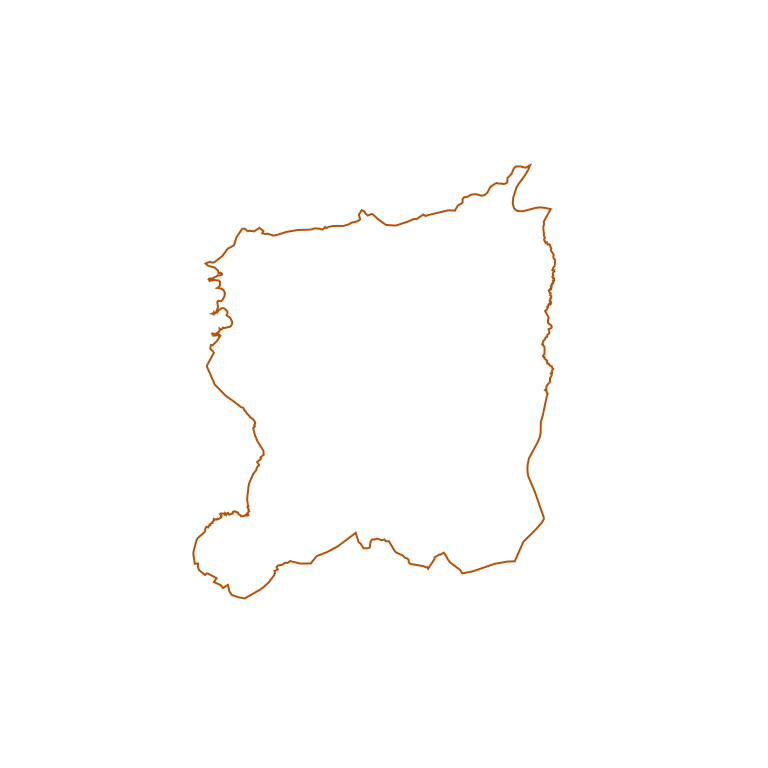 outline of Don Chan, Kalasin, Thailand, rotated 310°
{"feature_id": "78962969B80521164752578", "entity_name": "Don Chan", "entity_type": "district", "adm_level": 2, "iso_a3": "THA", "parent_name": "Thailand", "parent_adm1": "Kalasin", "projection": "mercator", "projection_center": [103.693, 16.477], "detail": "fine", "context": "isolated", "style": "outline", "palette": "amber", "viewbox_px": 768, "rotation_deg": 310, "n_neighbors": 0, "source": "geoboundaries", "source_scale": "gbopen_adm2", "svg_char_len": 6166}
<svg xmlns="http://www.w3.org/2000/svg" viewBox="0 0 768 768"><g transform="rotate(310 384 384)"><path d="M645.5,355.3L640.7,353.5L638.4,348.7L635.5,345.4L634.6,344.9L631.9,345.1L626.6,346.7L621.2,346.2L617.9,348.6L616.9,348.8L614.2,347.3L612.9,344.9L611.3,343.2L610.5,341.2L608.7,340.3L603.3,338.8L596.9,340.2L593.5,339.7L591.9,338.6L590.5,336.9L588.5,332.3L584.7,328.8L581.4,327.8L578.4,325.3L576.0,325.4L573.7,327.5L572.0,327.3L568.2,325.8L562.4,326.9L558.5,321.7L541.8,309.2L539.4,307.9L539.6,306.9L539.0,306.0L539.1,305.2L531.2,302.9L529.4,300.7L524.1,298.1L512.9,291.2L507.1,283.2L506.4,274.0L506.8,266.2L506.4,265.3L502.6,263.3L502.7,260.2L503.5,258.0L502.9,255.2L497.5,255.9L495.0,259.7L494.2,259.9L491.5,259.0L486.8,255.5L483.1,254.1L479.0,251.3L472.4,243.5L468.9,240.7L466.1,239.4L466.4,238.0L463.0,237.8L461.8,236.0L461.7,235.0L458.6,230.8L455.2,228.6L446.6,219.0L437.8,211.5L429.9,206.5L426.7,204.0L424.3,198.1L422.7,196.9L421.3,193.8L423.7,193.3L423.5,188.2L417.4,186.4L414.9,182.4L413.5,181.4L413.3,177.2L411.8,175.6L401.5,176.7L393.8,179.9L387.0,177.3L378.0,177.9L368.4,175.9L366.7,174.6L365.5,171.8L361.6,169.9L361.5,172.5L362.0,174.5L364.4,179.4L364.1,184.0L362.7,185.7L362.9,186.4L364.4,187.3L364.2,189.0L363.9,189.5L363.3,189.5L360.9,187.9L360.4,186.7L358.9,186.6L353.9,184.4L353.2,183.0L351.4,182.0L351.4,181.6L351.3,182.2L352.4,182.9L351.3,183.3L350.9,184.2L352.5,184.9L352.7,185.7L354.2,186.5L357.1,191.1L356.8,192.8L354.1,194.9L352.2,195.2L350.5,194.6L351.7,196.5L352.8,199.6L352.5,201.5L351.4,203.7L348.6,205.4L344.9,206.2L342.8,205.9L341.7,204.9L341.0,203.4L340.5,203.3L339.1,204.1L335.9,207.7L332.3,208.7L331.4,210.0L330.1,208.6L328.8,208.7L329.1,207.7L328.5,207.8L328.1,208.1L328.1,207.6L327.6,207.3L328.1,208.2L329.0,207.9L328.3,208.8L329.1,209.0L328.8,209.4L329.9,208.7L331.3,210.2L334.2,210.0L337.4,210.8L338.7,211.8L339.2,213.1L338.9,217.4L338.2,218.2L335.4,219.3L335.8,223.6L334.0,227.9L332.2,229.1L329.2,229.4L324.2,225.7L323.5,224.3L322.0,224.6L320.7,224.0L320.7,222.5L319.3,223.8L318.1,224.0L314.5,222.9L313.9,223.2L313.4,222.7L313.2,221.7L312.5,221.4L312.4,220.2L313.2,219.4L311.6,220.6L312.3,221.6L311.7,222.2L312.7,222.4L312.4,223.2L313.0,224.1L314.9,224.4L314.6,225.5L315.3,225.0L315.8,225.3L315.9,227.5L310.3,228.4L303.5,227.8L302.6,226.3L299.3,228.3L299.2,231.7L298.5,233.6L284.9,236.4L283.6,237.0L274.8,254.7L273.2,270.5L274.1,280.7L274.3,289.0L275.2,291.4L274.0,294.6L274.1,296.0L273.3,297.6L273.1,300.6L272.5,302.5L272.8,306.6L272.1,309.3L271.0,310.7L269.0,311.0L268.6,312.3L266.2,312.1L262.0,317.8L258.8,323.9L255.3,334.6L252.5,337.3L248.3,336.6L247.8,337.8L242.7,336.9L241.7,340.5L238.0,340.3L236.4,341.4L230.8,341.7L221.2,344.6L218.5,346.0L207.9,353.1L203.8,357.5L203.3,358.7L202.1,358.3L200.8,361.1L200.0,361.5L199.7,362.7L197.7,362.3L196.4,364.4L195.1,363.6L196.0,362.5L195.2,362.1L194.6,362.6L192.0,361.0L190.8,359.4L191.2,358.5L190.8,356.0L191.6,354.9L191.3,353.5L190.7,353.2L190.7,351.5L188.9,350.5L187.7,351.3L184.4,349.5L184.1,348.6L184.9,347.9L184.9,347.2L183.1,346.7L183.0,345.7L181.9,347.0L181.5,345.8L182.1,345.0L179.7,342.0L179.0,342.2L179.5,343.0L178.7,343.5L178.6,344.2L177.9,344.0L177.7,344.8L176.9,345.0L174.3,344.1L173.6,343.0L172.7,343.1L172.2,342.0L171.2,341.8L171.2,340.4L169.2,341.4L168.2,341.2L167.5,342.0L165.4,340.8L164.1,341.7L163.4,340.9L161.1,341.5L160.6,339.8L158.8,340.0L155.3,341.8L146.3,340.3L144.0,340.7L133.2,345.8L131.4,347.0L124.7,354.5L127.0,357.0L124.5,358.6L122.5,362.0L122.7,369.7L124.7,369.8L125.7,371.1L127.6,380.6L123.0,381.0L124.9,388.1L124.2,391.8L129.8,393.6L125.7,399.0L124.6,403.1L126.9,409.3L130.2,415.1L146.4,421.1L151.4,422.4L158.4,423.2L167.4,422.7L168.8,422.2L170.3,420.3L173.7,421.9L174.8,419.3L176.8,419.5L180.4,422.4L183.3,422.9L185.1,425.2L188.0,425.9L192.7,435.4L199.4,443.2L208.8,443.0L218.6,448.4L230.1,453.0L251.8,458.0L246.6,466.2L246.6,469.1L245.0,473.9L247.7,477.2L249.6,478.2L254.4,475.2L257.2,474.7L258.4,476.3L261.3,478.3L262.8,482.7L265.3,484.3L264.7,486.4L266.7,488.8L263.0,499.5L262.7,501.7L264.7,508.4L264.4,511.6L265.3,514.0L265.0,516.1L263.4,517.5L263.1,519.8L270.2,532.0L270.3,533.7L271.5,534.9L270.8,536.6L282.2,535.2L283.8,534.2L288.9,536.0L289.8,537.1L293.1,538.1L292.7,540.8L290.8,545.3L289.8,549.2L290.5,561.5L289.2,565.7L297.5,572.4L317.5,584.4L327.4,592.8L332.2,598.1L352.6,592.2L370.3,593.8L379.2,594.0L383.2,593.3L384.6,592.0L398.5,568.6L405.9,554.1L408.4,551.0L411.8,547.9L414.9,545.7L420.2,542.8L439.7,538.8L444.3,537.1L447.2,535.4L455.8,528.5L462.5,525.6L478.8,516.8L481.8,515.7L481.8,514.7L483.0,513.3L482.8,511.3L484.5,511.6L485.6,510.5L487.2,509.8L492.5,509.8L495.0,507.5L498.5,506.9L499.3,505.0L500.3,505.7L502.3,504.0L504.3,504.0L504.3,502.8L505.3,501.4L504.8,498.8L505.4,497.6L504.6,496.0L505.4,495.6L505.8,494.2L506.8,493.7L506.6,491.7L506.8,490.4L507.6,490.1L507.7,489.4L507.2,488.1L508.4,487.5L509.9,487.8L515.0,483.7L515.8,482.5L515.7,481.2L516.4,480.5L516.1,479.5L518.8,478.9L519.5,478.2L521.5,478.6L523.4,477.9L525.1,478.6L526.3,477.6L529.3,478.0L531.8,474.9L534.3,476.2L535.6,475.8L536.4,474.4L536.2,470.4L538.3,468.6L540.7,467.4L543.5,460.5L545.7,460.9L547.4,460.4L548.1,459.5L548.6,460.0L550.1,459.1L551.1,459.7L550.9,459.0L551.4,458.8L552.3,459.0L552.1,460.1L553.4,459.9L554.5,458.7L554.5,458.1L553.9,457.9L554.2,457.4L555.8,457.2L556.3,456.3L557.7,456.6L558.9,455.6L558.8,454.2L560.6,453.5L560.4,452.5L561.5,450.1L563.6,450.1L563.2,450.9L563.8,451.2L565.5,450.4L565.8,449.5L566.4,449.5L566.7,448.7L568.1,449.0L568.6,448.2L570.1,448.7L570.4,447.9L572.2,448.0L572.1,447.1L573.1,447.3L574.3,446.3L573.6,445.4L574.2,444.1L576.2,443.9L576.7,442.5L578.7,441.8L579.5,442.1L579.6,440.9L580.4,440.9L579.6,439.8L582.2,438.8L583.8,439.0L588.4,436.0L589.1,435.0L589.3,433.1L590.8,431.5L592.0,431.1L593.6,426.0L595.5,424.9L596.0,423.1L597.3,421.9L597.3,420.7L596.0,419.7L597.3,417.7L595.9,417.1L597.4,413.9L599.6,413.1L600.5,410.9L602.7,409.5L602.9,408.7L606.9,404.9L609.3,403.9L611.1,402.0L625.1,399.3L622.3,393.9L619.6,390.0L616.2,386.8L605.5,379.3L602.6,375.4L602.0,372.9L602.3,370.6L604.9,366.7L609.8,363.2L619.1,359.4L622.7,358.6L634.2,357.9L640.9,356.8L645.5,355.3Z" fill="none" stroke="#b45309" stroke-width="2"/></g></svg>